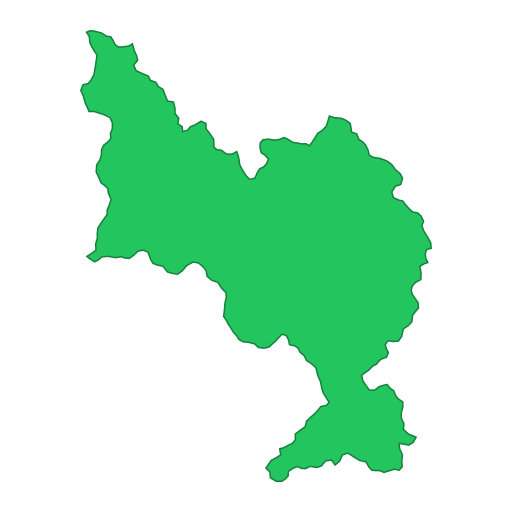 outline of Ubá, Minas Gerais, Brazil
{"feature_id": "56859067B43020372139426", "entity_name": "Ubá", "entity_type": "district", "adm_level": 2, "iso_a3": "BRA", "parent_name": "Brazil", "parent_adm1": "Minas Gerais", "projection": "mercator", "projection_center": [-42.971, -21.111], "detail": "fine", "context": "isolated", "style": "filled", "palette": "green", "viewbox_px": 512, "rotation_deg": 0, "n_neighbors": 0, "source": "geoboundaries", "source_scale": "gbopen_adm2", "svg_char_len": 4176}
<svg xmlns="http://www.w3.org/2000/svg" viewBox="0 0 512 512"><path d="M413.2,442.4L416.1,437.2L408.4,434.0L403.4,429.3L403.9,423.6L401.2,417.9L401.3,412.5L402.8,407.4L402.8,402.0L398.1,398.8L395.7,395.6L393.7,390.6L390.3,388.4L387.1,384.5L382.9,385.4L378.9,386.8L374.8,390.1L369.3,390.1L366.0,385.4L363.0,381.0L361.6,375.4L364.7,372.9L368.7,370.2L372.5,366.2L376.3,364.3L380.4,359.5L386.5,357.2L388.4,352.6L386.5,349.0L385.2,344.9L387.8,340.8L393.1,341.5L398.4,341.1L401.6,336.5L403.4,328.8L408.0,325.9L411.8,321.8L412.7,315.1L415.7,311.3L418.5,308.1L418.1,302.7L414.9,298.1L412.4,294.5L411.1,290.0L412.6,285.6L415.8,282.2L420.8,279.6L421.1,272.7L419.8,266.4L424.1,263.8L427.8,262.5L425.9,258.8L425.3,254.2L426.4,249.7L431.2,248.3L430.7,242.7L427.2,236.5L423.6,230.7L421.9,225.4L423.6,221.3L421.0,215.9L417.6,212.9L412.6,212.0L409.2,208.8L406.1,205.4L402.8,201.0L398.5,200.0L393.3,197.5L391.8,191.9L395.4,186.2L400.7,184.5L402.6,178.2L400.1,173.6L395.4,169.6L391.8,164.6L387.6,161.4L382.7,159.3L378.9,158.2L373.4,157.4L369.2,155.1L368.1,150.3L365.8,145.3L363.0,142.1L358.9,139.4L356.7,133.9L351.6,132.1L350.3,123.5L346.0,120.3L341.3,118.3L334.0,117.6L329.4,116.0L326.4,126.0L321.9,130.7L318.0,133.0L314.9,137.8L312.2,142.1L309.4,145.7L305.8,143.7L301.8,143.9L297.3,143.0L292.6,142.3L288.6,139.7L284.2,137.5L278.3,139.8L273.6,140.0L268.3,139.1L263.1,139.7L260.2,142.9L260.0,148.1L261.3,152.8L264.7,154.9L268.5,159.0L266.5,163.7L263.8,166.8L259.6,168.9L257.3,172.6L254.9,178.2L249.7,179.4L246.0,175.5L242.2,169.6L239.6,164.3L239.2,160.1L238.2,155.8L236.7,151.6L232.0,154.1L226.6,154.1L221.2,150.1L217.2,149.8L214.0,147.3L213.6,139.1L209.8,133.5L206.0,128.7L206.0,123.5L201.1,121.2L194.9,124.9L190.3,126.8L187.5,130.3L182.7,131.6L182.2,126.7L177.8,123.7L178.8,118.3L175.0,113.5L175.0,108.1L173.4,102.0L167.5,101.0L164.9,94.6L162.9,89.2L158.5,86.8L155.8,82.2L150.4,80.4L148.4,76.1L142.2,73.5L136.1,70.6L133.7,65.1L137.7,60.2L136.5,55.4L134.3,50.6L132.4,43.8L129.2,45.9L123.6,46.8L118.2,47.0L115.0,44.3L113.2,40.6L110.7,36.8L106.4,36.1L101.3,32.9L94.7,31.2L90.1,30.7L86.5,32.2L89.3,36.6L89.8,42.5L91.6,46.4L93.9,50.4L97.0,55.1L96.4,59.5L95.4,66.3L93.9,74.8L91.1,80.0L88.2,83.6L83.1,84.7L80.8,90.4L83.3,96.0L85.2,102.9L87.3,107.2L89.0,111.5L94.1,111.5L98.5,112.9L103.9,114.6L110.0,117.6L112.4,122.9L112.3,128.7L110.4,133.7L110.8,138.5L107.7,142.1L103.8,145.1L101.6,149.4L101.3,155.5L99.8,160.1L96.7,164.8L96.2,172.0L98.9,177.7L100.9,182.7L104.9,185.7L107.7,188.4L108.5,193.6L111.1,199.3L109.2,205.2L107.2,209.8L107.2,214.3L104.5,218.2L100.8,223.4L97.9,228.0L97.3,232.9L97.3,238.4L95.6,244.1L96.0,250.2L90.9,253.9L86.9,256.4L90.5,259.3L94.7,261.8L98.5,259.9L101.7,257.0L107.2,256.3L111.9,257.0L115.9,257.7L120.8,256.7L125.3,258.1L129.5,258.3L133.5,255.4L138.0,251.1L143.4,250.2L148.0,252.2L150.7,259.6L153.0,263.4L157.1,265.0L163.0,266.3L167.5,272.0L172.5,273.4L177.6,274.2L182.2,270.9L186.9,265.4L193.2,262.0L198.8,263.1L203.2,267.0L206.0,270.4L207.2,276.4L211.7,280.2L217.9,282.4L221.7,288.4L226.1,292.7L226.3,297.3L225.0,302.8L224.4,310.2L223.6,316.5L226.2,320.2L228.2,324.0L230.5,327.4L233.1,331.8L236.5,335.6L238.9,339.5L243.1,341.8L248.9,342.4L254.9,344.0L258.3,347.5L264.0,348.2L269.3,346.9L272.6,343.7L275.9,340.8L278.7,337.7L281.9,334.3L286.1,335.4L288.4,339.5L289.5,344.7L294.6,345.8L298.1,348.1L299.9,352.1L304.3,355.8L306.6,360.6L311.1,363.4L316.0,367.8L317.6,374.9L320.6,382.0L321.8,388.3L323.3,393.1L326.4,397.9L329.1,402.4L326.1,405.5L320.9,406.5L316.0,412.5L310.7,417.2L306.6,421.0L305.2,426.7L300.0,430.4L295.3,434.0L295.4,439.6L292.5,443.3L288.0,445.4L283.8,447.7L279.7,448.8L280.7,454.9L275.9,457.9L271.2,460.4L268.5,464.3L265.9,468.1L269.9,472.0L270.4,477.9L276.3,481.3L281.8,481.3L285.6,478.8L288.2,475.8L288.4,471.4L292.2,468.8L297.3,466.5L301.8,468.5L305.7,468.6L310.2,466.3L316.6,467.5L321.3,466.0L325.6,460.9L331.6,460.1L335.0,465.0L339.5,461.3L342.5,454.9L347.9,453.1L353.5,456.7L359.4,460.4L365.9,461.8L368.9,467.0L371.7,470.2L375.7,470.6L379.7,470.6L384.0,472.4L389.2,470.8L394.3,469.2L399.2,470.2L402.2,466.8L401.8,460.9L402.4,454.7L399.7,449.0L399.0,443.5L403.5,444.1L408.8,445.1L413.2,442.4Z" fill="#22c55e" stroke="#15803d" stroke-width="1.5"/></svg>